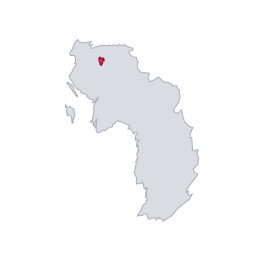 location of Tranemo, Västra Götaland, Sweden, rotated 120°
{"feature_id": "70781695B94862964500573", "entity_name": "Tranemo", "entity_type": "district", "adm_level": 2, "iso_a3": "SWE", "parent_name": "Sweden", "parent_adm1": "Västra Götaland", "projection": "equal_earth", "projection_center": [13.442, 57.51], "detail": "fine", "context": "in_parent", "style": "filled", "palette": "rose", "viewbox_px": 256, "rotation_deg": 120, "n_neighbors": 0, "source": "geoboundaries", "source_scale": "gbopen_adm2", "svg_char_len": 4439}
<svg xmlns="http://www.w3.org/2000/svg" viewBox="0 0 256 256"><g transform="rotate(120 128 128)"><path d="M59.3,163.6L60.3,165.4L62.3,165.1L63.1,163.8L64.1,160.1L62.8,155.9L64.6,154.4L65.8,152.1L68.5,151.5L72.2,148.8L72.6,146.1L73.4,144.1L70.3,138.2L70.1,136.7L74.8,135.9L76.8,132.0L73.6,129.5L68.6,127.2L70.4,119.8L68.3,115.8L68.6,114.1L68.3,111.6L69.5,110.5L67.1,106.8L69.5,104.3L69.1,103.0L76.0,97.9L80.6,96.9L88.9,97.7L90.9,95.7L91.0,94.6L90.2,92.1L85.5,90.7L90.6,86.2L94.5,81.9L95.3,77.8L96.2,76.0L95.1,72.0L100.5,71.6L105.3,69.9L104.6,67.8L114.9,61.2L115.2,60.1L114.4,59.0L111.9,57.0L112.5,56.1L115.3,55.6L116.7,54.7L118.7,51.7L124.3,49.4L130.7,51.0L133.3,48.3L133.0,44.7L135.2,44.4L152.2,46.6L154.9,45.3L152.0,44.6L154.8,43.2L155.6,42.3L155.8,41.2L155.6,40.7L153.2,39.4L158.5,39.2L161.4,39.8L161.7,40.6L173.4,44.8L182.6,46.5L185.3,47.7L186.3,49.0L187.8,49.1L189.6,50.4L191.4,51.1L190.0,52.0L190.2,54.0L190.7,54.9L190.0,56.6L193.0,57.1L193.6,58.1L192.1,59.2L192.4,60.4L196.5,64.1L195.6,65.3L195.4,66.8L193.8,67.9L193.6,69.1L194.0,70.6L194.7,71.3L196.4,71.8L199.5,75.9L196.6,76.1L194.4,75.6L189.4,76.1L188.1,76.7L184.1,75.1L182.0,76.0L180.4,75.2L179.3,76.5L179.1,78.3L177.2,78.2L178.0,78.9L175.5,79.1L175.3,79.4L175.9,79.9L175.2,80.4L171.8,80.6L171.3,81.2L172.4,81.9L172.4,82.4L170.1,81.7L171.7,83.0L172.1,84.0L167.6,87.9L169.3,88.9L170.7,91.1L172.1,92.1L171.6,93.2L166.9,95.7L164.3,99.5L158.3,102.1L155.1,102.8L153.1,104.6L150.6,104.1L150.6,105.1L149.0,104.5L147.7,106.1L145.6,107.5L143.1,107.2L142.9,107.5L143.6,107.9L140.8,108.3L140.1,109.7L138.0,110.1L137.7,110.6L139.8,110.7L139.4,111.9L137.0,112.5L136.2,113.2L135.1,113.2L135.3,112.6L133.7,112.7L133.2,112.0L132.9,112.2L134.0,114.1L133.3,114.9L134.8,115.7L130.5,117.6L127.8,116.9L127.5,117.5L128.1,119.1L130.4,120.4L129.1,121.3L127.7,125.2L128.8,127.6L125.7,127.1L126.0,128.0L125.1,129.1L125.5,130.6L125.2,131.6L125.9,132.6L125.6,133.0L126.1,137.4L127.1,139.3L126.8,140.8L128.1,141.6L130.8,141.7L131.6,143.0L134.9,142.3L137.4,144.7L142.0,146.8L141.8,148.2L144.8,149.2L146.5,151.1L147.3,152.6L147.1,153.6L142.7,156.2L139.2,158.0L135.7,159.1L135.9,159.5L137.6,159.7L141.9,158.4L143.3,159.5L140.9,160.1L140.5,161.6L139.5,162.6L130.0,166.1L128.8,167.2L124.5,168.9L116.8,168.8L115.6,169.2L122.3,169.9L123.9,171.2L120.8,172.0L122.2,175.1L121.4,175.9L121.5,179.3L120.3,179.4L119.9,180.8L120.5,184.3L121.1,185.3L120.9,186.3L119.1,188.7L119.8,191.5L117.8,196.7L115.5,199.8L113.7,203.8L111.7,205.3L109.3,204.4L105.8,204.9L99.2,204.7L98.4,205.1L98.9,206.6L96.6,206.4L92.5,209.6L92.3,211.1L94.0,214.1L92.0,216.0L87.6,215.6L81.8,216.8L76.5,215.8L77.2,214.8L77.6,210.8L71.6,202.8L74.4,203.7L75.6,203.2L73.8,200.7L76.2,200.5L77.0,199.6L76.6,198.1L74.6,197.4L72.9,195.1L71.1,193.9L67.9,189.2L66.8,186.1L65.7,186.4L64.8,182.7L63.1,182.2L62.8,178.6L61.0,178.2L59.8,176.5L59.7,173.4L57.5,172.9L57.8,171.4L57.2,166.0L56.5,164.2L57.1,163.0L58.3,162.9L59.3,163.6ZM149.5,180.5L148.6,180.8L148.0,181.9L146.5,182.4L146.4,185.6L147.8,186.8L146.4,187.3L145.5,189.0L142.9,190.2L141.8,191.2L141.3,192.8L139.1,193.7L140.6,191.3L138.4,188.6L138.9,187.6L138.6,184.5L143.2,180.6L145.3,180.1L146.3,180.5L146.7,179.6L147.4,179.4L149.5,180.5ZM120.1,202.8L118.9,203.5L118.6,202.5L118.6,198.8L121.1,194.3L122.2,193.9L125.3,187.9L125.6,187.5L126.7,187.9L125.9,188.5L126.0,189.5L124.1,192.7L123.6,194.8L122.9,195.3L120.1,202.8ZM150.4,179.3L150.2,180.2L149.0,179.4L150.1,178.4L152.4,178.7L150.4,179.3ZM144.1,156.7L142.6,158.0L142.3,157.5L142.6,156.8L144.1,156.7ZM141.1,163.7L140.3,163.8L140.8,162.8L141.9,162.6L141.1,163.7Z" fill="#d9dde1" stroke="#a8b0b8" stroke-width="1"/><path d="M86.6,184.1L86.5,183.9L86.5,183.7L86.3,183.6L86.3,183.3L86.5,183.1L86.9,182.8L87.0,182.5L86.9,182.4L86.5,182.4L86.2,182.5L86.0,182.8L85.5,182.8L85.2,182.7L84.9,182.6L84.6,182.7L84.4,182.9L84.1,183.0L83.9,183.3L83.3,183.3L83.0,183.3L82.6,183.2L82.4,183.3L82.2,183.1L82.0,182.8L81.9,182.5L81.4,182.6L80.9,182.8L80.8,183.0L80.8,183.4L80.6,183.5L80.4,183.9L80.2,184.1L80.0,184.4L80.4,184.5L80.7,184.5L81.0,184.4L81.3,184.4L81.5,184.6L81.5,185.0L81.4,185.2L81.2,185.4L81.0,185.6L81.0,185.8L81.2,186.0L81.1,186.3L80.9,186.6L81.2,186.9L81.5,187.0L81.4,187.4L81.3,187.5L81.1,187.7L81.6,187.9L81.9,187.9L82.3,187.7L82.7,187.5L82.9,187.4L83.3,187.2L83.5,187.0L83.7,186.9L84.0,186.7L84.3,186.4L84.4,186.1L84.7,185.8L85.0,185.6L85.4,185.2L85.6,184.7L86.2,184.4L86.6,184.2L86.6,184.1Z" fill="#f43f5e" stroke="#9f1239" stroke-width="1.5"/></g></svg>